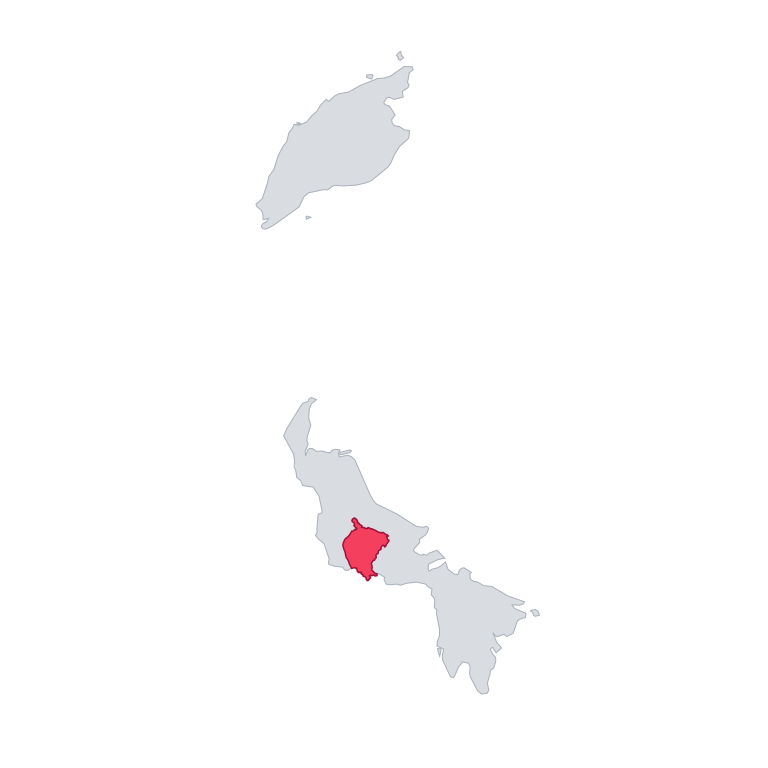 Belaga, Sarawak, Malaysia shown in context, rotated 79°
{"feature_id": "92858781B14210888216544", "entity_name": "Belaga", "entity_type": "district", "adm_level": 2, "iso_a3": "MYS", "parent_name": "Malaysia", "parent_adm1": "Sarawak", "projection": "orthographic", "projection_center": [114.332, 2.676], "detail": "fine", "context": "in_parent", "style": "filled", "palette": "rose", "viewbox_px": 768, "rotation_deg": 79, "n_neighbors": 0, "source": "geoboundaries", "source_scale": "gbopen_adm2", "svg_char_len": 8966}
<svg xmlns="http://www.w3.org/2000/svg" viewBox="0 0 768 768"><g transform="rotate(79 384 384)"><path d="M651.5,381.8L647.4,381.1L641.6,377.5L635.7,376.3L618.7,376.3L616.2,375.2L612.9,377.3L606.9,375.5L603.6,375.7L599.8,377.9L594.4,376.0L591.8,379.1L588.4,381.2L584.7,389.7L583.9,399.9L584.7,406.2L582.9,409.6L582.2,416.8L580.9,419.9L576.1,421.3L574.0,420.2L569.7,424.6L568.7,426.4L568.5,433.3L571.8,435.6L571.8,437.0L564.8,442.8L558.7,446.1L557.7,449.1L560.1,455.2L559.1,458.1L555.9,459.5L553.5,467.3L550.6,472.3L549.5,472.8L545.3,471.2L529.1,473.4L524.4,477.5L519.7,480.1L516.1,477.6L514.3,477.8L499.2,473.4L498.6,469.6L497.0,469.0L481.5,469.2L471.7,473.2L468.2,483.1L463.0,484.1L459.1,487.5L452.4,487.1L448.3,488.0L441.7,486.4L435.5,486.1L415.6,492.4L409.3,487.9L390.0,470.2L387.3,467.1L386.7,461.7L384.5,460.7L383.8,459.3L383.5,457.7L386.5,453.3L389.5,459.0L394.3,462.1L402.6,464.4L410.5,463.7L421.3,469.5L424.9,470.4L428.7,470.0L435.4,474.4L439.6,474.6L434.1,471.5L433.1,469.2L433.7,466.6L437.3,463.1L437.9,457.7L440.6,452.3L441.1,449.7L439.2,447.8L438.7,444.5L440.3,439.8L443.9,442.2L447.0,441.7L447.0,433.2L449.3,429.6L453.0,427.1L490.2,418.7L496.3,416.7L500.5,414.2L513.9,396.3L529.9,379.5L532.0,373.6L531.9,369.4L532.8,368.4L534.5,367.8L538.0,370.0L539.9,371.7L543.2,378.9L546.3,379.1L551.5,386.0L552.7,386.8L554.2,386.4L558.3,382.0L559.4,378.7L558.5,378.3L560.4,374.5L558.7,372.1L557.3,363.6L566.6,357.6L566.6,364.5L569.3,374.6L574.0,376.0L576.4,375.4L575.0,372.4L574.6,366.4L573.3,362.6L570.4,357.6L578.2,356.5L584.2,351.1L585.1,347.7L581.3,345.7L579.7,343.2L579.7,340.4L585.8,334.1L586.5,335.9L590.4,336.4L592.2,336.3L594.9,333.7L596.2,330.0L600.9,324.7L603.5,316.5L615.3,303.4L624.6,287.7L626.5,289.0L627.0,293.2L625.0,300.5L629.2,298.7L636.3,288.4L640.4,290.0L640.2,292.9L641.8,298.1L653.5,304.9L655.2,311.6L652.6,314.1L653.6,320.6L652.7,322.7L648.8,324.5L659.3,322.7L665.5,318.9L669.2,325.2L663.2,327.8L664.6,330.5L670.2,328.8L673.7,326.6L677.1,327.1L682.5,329.6L684.1,331.1L685.2,334.2L689.2,335.3L697.3,339.6L704.6,339.5L707.2,341.7L707.0,347.3L703.2,350.6L687.9,355.2L683.9,355.1L678.3,353.4L674.2,354.4L671.8,359.8L676.4,365.1L684.4,370.6L685.5,372.0L683.9,374.7L666.0,379.1L662.2,378.7L655.6,376.0L651.5,381.8ZM76.1,303.4L78.1,295.7L80.9,295.4L83.4,299.8L92.5,303.4L95.3,302.3L96.6,303.0L97.8,304.1L100.2,310.2L106.0,310.4L106.5,319.9L103.8,323.6L103.3,326.1L107.5,330.6L110.0,329.6L112.3,325.6L122.1,321.7L125.9,326.1L129.6,326.1L132.3,324.6L134.4,319.5L138.4,315.6L140.0,310.7L145.6,312.1L147.7,313.2L153.8,323.5L162.0,330.9L168.2,335.0L171.9,338.9L182.0,357.6L183.1,363.7L183.5,372.9L181.7,386.8L179.7,393.7L180.0,397.0L182.6,402.1L181.7,406.8L181.9,421.7L185.1,427.0L194.0,433.6L207.2,462.4L209.5,470.5L208.2,473.6L205.8,474.4L203.7,472.8L202.5,468.8L199.4,465.7L199.7,471.3L194.0,470.5L189.9,471.4L185.2,475.2L182.9,475.3L178.9,468.1L163.8,459.7L158.3,457.5L152.5,451.2L139.4,444.2L131.1,437.4L127.6,433.2L119.1,429.4L115.5,425.1L111.9,422.6L113.8,418.4L112.2,410.3L106.3,402.9L103.4,397.8L97.8,392.7L93.5,386.3L96.1,384.4L91.9,377.6L90.5,372.6L90.7,363.3L86.4,350.2L82.9,332.0L83.7,325.6L82.9,318.7L76.1,303.4ZM636.6,281.8L634.6,283.5L634.1,278.7L636.8,276.1L640.7,275.6L640.8,280.0L639.9,281.2L636.6,281.8ZM67.4,302.5L69.5,306.1L67.8,308.1L66.4,307.6L63.8,309.2L61.1,305.7L60.8,304.0L64.1,304.3L67.4,302.5ZM445.2,440.5L444.2,441.0L442.6,439.8L442.3,429.6L443.4,428.7L444.9,430.7L445.2,440.5ZM82.3,337.9L79.7,342.6L77.4,342.1L77.9,336.6L79.3,335.9L82.3,337.9ZM661.9,381.3L657.2,381.9L654.0,381.9L654.5,379.1L656.0,378.7L661.9,381.3ZM207.5,428.7L205.1,428.8L204.5,427.5L206.4,424.0L207.5,428.7ZM112.7,419.2L111.0,419.8L111.2,417.7L112.4,416.5L112.7,419.2Z" fill="#d9dde1" stroke="#a8b0b8" stroke-width="1"/><path d="M522.6,444.0L523.8,444.9L524.4,445.5L524.8,446.0L525.2,446.4L525.7,446.9L526.2,447.4L526.6,447.8L526.9,448.5L527.6,449.5L528.0,450.5L528.3,451.1L528.7,451.6L529.2,452.1L529.7,452.6L530.3,452.9L530.9,453.4L531.6,453.9L532.2,454.2L533.0,454.6L534.3,455.1L536.0,455.1L539.2,454.8L540.2,454.4L541.8,454.3L543.0,454.3L544.9,454.3L546.7,454.2L547.5,454.1L548.4,453.6L549.2,453.2L550.1,453.0L551.2,452.6L553.6,452.4L554.7,452.2L555.9,451.8L556.3,451.6L557.5,451.3L558.3,451.1L558.9,450.9L558.7,450.2L558.7,449.8L558.7,449.3L558.7,449.1L558.7,448.7L558.8,448.4L558.9,448.1L558.8,447.8L558.8,447.5L559.2,447.1L559.3,446.9L559.2,446.4L559.3,446.2L559.5,446.1L559.8,446.2L559.9,446.4L560.2,446.4L560.4,446.2L560.6,446.1L561.0,445.9L561.8,445.8L562.2,445.9L562.6,446.0L562.9,445.9L563.2,445.8L563.3,445.5L563.5,445.3L563.7,445.2L563.9,445.1L564.1,445.0L564.3,444.9L564.5,444.5L564.5,444.4L564.2,444.2L563.9,443.9L563.9,443.7L564.0,443.3L564.1,442.8L564.4,442.4L564.5,442.2L564.8,442.1L565.0,442.4L565.2,442.6L565.5,442.8L565.9,442.6L566.0,442.3L566.3,442.3L566.6,442.2L566.8,441.7L567.0,441.4L567.2,441.5L567.5,441.3L567.4,441.0L567.8,440.9L568.3,441.0L568.7,441.1L568.9,441.0L569.0,440.6L569.0,440.3L569.2,440.0L569.2,439.7L569.7,439.3L570.0,439.2L570.6,438.7L571.0,438.6L571.4,438.6L572.3,438.7L572.6,438.7L573.0,438.4L573.3,438.2L573.5,438.1L573.8,437.9L573.9,437.7L573.9,437.3L573.8,436.8L573.3,436.6L573.0,436.4L573.0,436.0L572.9,435.8L572.8,435.5L572.4,435.3L572.2,435.0L571.9,434.6L571.7,434.2L571.4,434.1L571.0,434.3L570.4,434.5L570.2,434.8L569.8,434.8L569.6,434.8L569.5,434.6L569.4,434.3L569.1,434.1L569.1,433.8L569.2,433.6L569.3,433.4L569.5,433.1L569.7,432.8L569.8,432.7L569.9,432.4L569.8,432.2L569.7,431.8L569.8,431.6L569.8,431.4L569.7,431.2L569.4,430.8L569.6,430.2L569.8,430.0L570.1,429.9L570.4,429.8L570.7,429.5L570.8,429.2L570.7,428.9L570.6,428.4L570.6,428.2L570.8,427.9L570.8,427.6L570.8,427.4L570.2,427.3L569.9,427.3L569.6,427.2L569.3,427.0L569.0,427.0L568.8,427.2L568.7,427.5L568.6,427.9L568.2,428.7L567.8,429.1L567.4,429.4L567.0,429.7L566.2,430.1L565.7,430.6L564.5,431.4L563.6,431.4L563.1,431.2L562.5,430.9L562.0,430.6L560.8,430.5L557.6,430.6L557.3,430.4L557.0,430.1L556.7,429.8L556.0,429.0L555.6,428.7L555.4,428.6L555.2,428.3L555.2,428.1L555.1,427.7L555.1,427.4L555.2,427.2L555.1,426.9L554.6,426.4L554.3,426.3L554.1,426.2L553.8,426.0L553.6,425.8L553.4,425.4L553.3,425.1L553.1,424.9L552.8,424.7L552.4,424.6L552.1,424.7L551.8,424.8L551.3,424.8L551.1,424.8L550.8,424.7L550.7,424.6L550.3,424.2L549.7,423.9L549.4,423.3L549.4,423.1L549.5,422.7L549.2,422.2L548.7,421.9L548.3,421.8L547.6,421.7L547.4,421.6L546.6,421.0L546.4,420.6L546.4,420.3L546.3,419.9L546.0,419.6L545.7,419.0L545.6,418.7L545.5,418.3L545.2,418.4L544.5,418.4L544.2,418.3L543.5,417.6L543.3,417.4L543.1,417.2L542.8,417.0L542.3,416.5L542.1,416.1L542.1,415.8L542.2,415.4L542.4,415.0L542.5,414.8L542.7,414.6L542.9,414.6L543.1,414.6L543.3,414.6L543.6,414.7L543.8,414.7L544.0,414.6L544.1,414.4L544.1,414.2L543.6,413.6L543.1,412.9L542.5,412.5L542.0,412.4L541.7,412.1L541.4,411.7L541.1,411.4L540.5,410.7L540.2,410.3L539.9,410.1L539.6,409.8L539.2,409.5L539.0,409.2L538.8,409.0L538.4,409.0L538.0,409.2L537.8,409.6L537.6,409.8L537.0,410.2L536.6,410.4L536.4,410.3L535.8,410.3L535.5,410.3L535.1,410.3L534.4,410.6L534.1,410.5L534.0,410.3L533.9,410.1L534.0,409.8L534.1,409.7L534.2,409.4L534.0,408.8L533.9,408.9L533.6,409.1L532.7,409.6L532.2,410.7L532.0,410.9L529.5,413.2L529.5,413.6L529.6,413.8L529.7,414.1L529.8,414.3L529.8,414.6L529.9,414.8L529.7,415.0L529.3,415.2L529.2,415.3L529.0,415.8L528.9,416.3L528.9,416.5L528.8,417.0L528.6,417.6L528.4,417.8L528.2,418.0L527.9,418.2L527.8,418.3L527.7,418.5L527.6,418.8L527.3,419.0L527.0,419.2L526.7,419.5L526.5,419.8L526.3,420.1L526.0,420.4L525.9,420.7L525.6,421.1L525.3,421.4L525.1,421.6L524.9,421.9L524.7,422.3L524.5,422.7L524.4,423.0L524.2,423.3L523.9,423.4L523.7,423.8L523.7,424.2L523.8,424.5L523.5,424.8L523.3,425.0L523.1,425.2L522.9,425.5L522.2,426.2L522.2,426.5L522.0,426.8L521.7,427.7L521.8,427.5L522.5,427.3L522.6,427.6L522.7,428.1L522.6,428.6L522.5,428.9L522.2,429.1L522.0,429.3L522.1,429.5L522.3,429.7L522.2,430.2L521.9,430.6L521.6,430.8L521.1,430.9L520.9,431.2L520.7,432.3L520.7,432.5L520.7,432.9L520.5,433.3L520.3,433.5L519.9,433.4L519.6,433.1L519.4,432.8L519.1,432.7L518.8,432.8L518.6,433.0L518.3,433.3L518.2,433.5L517.9,433.9L517.6,434.1L517.4,434.4L517.1,434.7L516.8,434.9L516.6,435.0L516.4,435.0L516.1,435.0L515.8,435.2L515.7,435.5L515.6,435.8L515.3,436.1L515.2,436.3L514.9,436.4L514.6,436.4L514.6,436.1L514.0,436.2L513.7,436.2L513.0,436.3L512.5,436.5L512.0,436.7L511.6,436.8L511.3,437.0L511.2,437.3L510.9,437.8L510.5,438.0L510.2,438.2L509.9,438.6L510.0,439.1L510.1,439.3L510.2,439.7L510.4,440.0L510.5,440.3L510.6,440.7L510.8,440.8L511.5,441.3L511.7,441.5L512.5,441.6L513.1,441.3L513.7,440.9L514.1,440.3L514.6,439.9L515.1,439.7L515.8,439.6L516.3,439.8L516.7,440.2L516.9,440.6L517.7,440.4L518.0,440.0L518.3,439.7L519.0,439.5L519.4,439.4L519.8,438.9L520.3,438.3L520.9,438.3L521.4,438.6L521.6,439.0L521.4,439.3L521.2,439.7L521.1,439.9L521.4,440.1L521.9,440.5L521.9,441.1L521.8,441.7L521.9,442.0L522.3,442.3L522.7,442.9L522.8,443.3L522.8,443.9L522.6,444.0Z" fill="#f43f5e" stroke="#9f1239" stroke-width="1.5"/></g></svg>